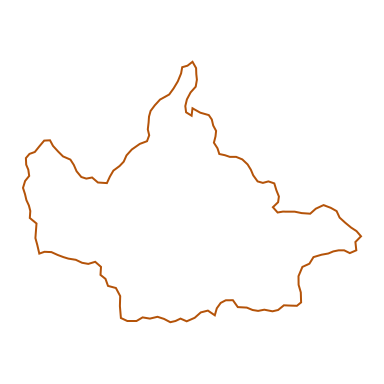 Desterro do Melo, Minas Gerais, Brazil
{"feature_id": "56859067B10239152985406", "entity_name": "Desterro do Melo", "entity_type": "district", "adm_level": 2, "iso_a3": "BRA", "parent_name": "Brazil", "parent_adm1": "Minas Gerais", "projection": "albers", "projection_center": [-43.519, -21.135], "detail": "fine", "context": "isolated", "style": "outline", "palette": "amber", "viewbox_px": 384, "rotation_deg": 0, "n_neighbors": 0, "source": "geoboundaries", "source_scale": "gbopen_adm2", "svg_char_len": 2040}
<svg xmlns="http://www.w3.org/2000/svg" viewBox="0 0 384 384"><path d="M25.1,181.0L23.0,187.9L25.0,194.1L26.4,200.1L28.9,205.5L30.3,211.0L29.8,218.0L36.5,223.5L35.9,231.5L35.4,238.1L37.2,244.6L39.3,253.6L44.5,251.8L51.4,252.1L57.8,255.0L63.4,257.1L68.3,258.6L75.8,259.8L82.1,262.8L88.3,263.9L95.2,261.8L101.0,266.9L100.5,274.9L105.5,278.9L108.0,285.9L115.9,288.0L120.2,296.1L119.9,306.1L120.9,318.0L127.3,321.0L136.5,321.0L142.6,317.4L149.9,318.6L157.5,316.8L164.0,318.9L170.3,322.2L175.5,321.0L180.5,318.6L186.7,321.3L194.7,317.8L200.8,312.4L207.9,310.6L214.8,315.3L216.8,308.3L220.7,302.9L225.7,300.3L232.9,300.2L237.8,307.1L246.8,307.6L252.6,310.0L258.1,310.9L264.3,309.7L272.5,311.3L278.1,310.0L283.9,305.3L290.5,305.6L296.9,305.8L301.1,302.4L300.8,292.4L298.6,284.8L298.5,276.2L302.4,266.9L309.4,263.7L313.5,257.1L321.6,254.7L328.3,253.5L333.3,251.4L338.8,250.3L344.1,250.3L349.8,253.1L356.3,250.3L355.4,242.0L361.0,236.3L356.5,231.1L351.0,227.5L345.2,222.7L339.6,217.6L336.6,211.1L330.7,207.8L323.5,205.1L315.8,208.7L310.2,213.7L301.7,213.1L294.8,211.7L288.4,211.7L282.9,211.6L277.6,212.5L272.9,207.2L278.1,202.2L278.9,196.5L276.4,190.3L274.3,183.4L268.4,181.4L262.9,182.9L257.6,181.4L253.2,175.3L250.9,169.8L247.6,164.4L242.3,159.4L236.2,156.9L229.9,156.9L224.9,155.2L219.3,154.0L217.5,148.3L213.9,142.7L215.5,136.4L216.1,130.9L213.2,125.5L211.8,119.5L208.8,115.1L200.3,112.7L192.5,108.3L191.6,115.7L186.1,112.3L185.3,106.1L186.9,99.4L190.6,92.4L195.7,86.7L196.9,79.7L196.3,74.1L196.1,68.1L192.5,61.8L187.5,65.7L182.2,67.2L181.1,73.4L177.8,81.4L173.6,88.4L169.2,94.5L160.0,99.6L154.8,105.3L150.6,110.9L149.0,116.6L148.6,122.5L147.8,129.4L149.2,135.3L147.0,141.2L139.8,143.9L131.8,149.5L126.5,155.4L123.7,161.7L119.6,166.0L113.4,170.6L109.9,176.6L106.9,183.1L97.9,182.5L92.1,177.5L86.3,178.6L81.3,177.0L76.6,171.3L73.8,164.9L70.4,159.6L63.0,156.4L58.2,151.6L53.0,145.9L50.0,140.3L44.2,140.6L39.4,146.3L34.8,152.0L29.5,153.9L25.9,158.1L26.2,164.7L28.3,169.7L29.2,175.9L25.1,181.0Z" fill="none" stroke="#b45309" stroke-width="2"/></svg>